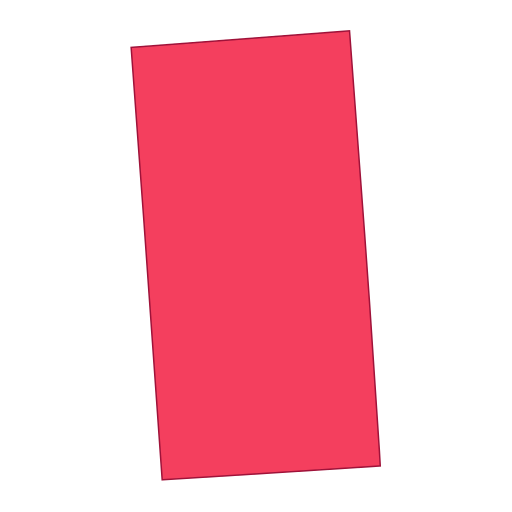 LaMoure, North Dakota, United States of America (Albers equal-area conic projection), rotated 266°
{"feature_id": "52423323B85348929712808", "entity_name": "LaMoure", "entity_type": "district", "adm_level": 2, "iso_a3": "USA", "parent_name": "United States of America", "parent_adm1": "North Dakota", "projection": "albers", "projection_center": [-98.623, 46.457], "detail": "fine", "context": "isolated", "style": "filled", "palette": "rose", "viewbox_px": 512, "rotation_deg": 266, "n_neighbors": 0, "source": "geoboundaries", "source_scale": "gbopen_adm2", "svg_char_len": 287}
<svg xmlns="http://www.w3.org/2000/svg" viewBox="0 0 512 512"><g transform="rotate(266 256 256)"><path d="M297.7,146.6L39.3,146.8L38.5,255.6L37.9,365.3L52.8,365.5L201.4,366.0L270.4,365.9L474.1,365.0L472.8,146.0L297.7,146.6Z" fill="#f43f5e" stroke="#9f1239" stroke-width="1.5"/></g></svg>